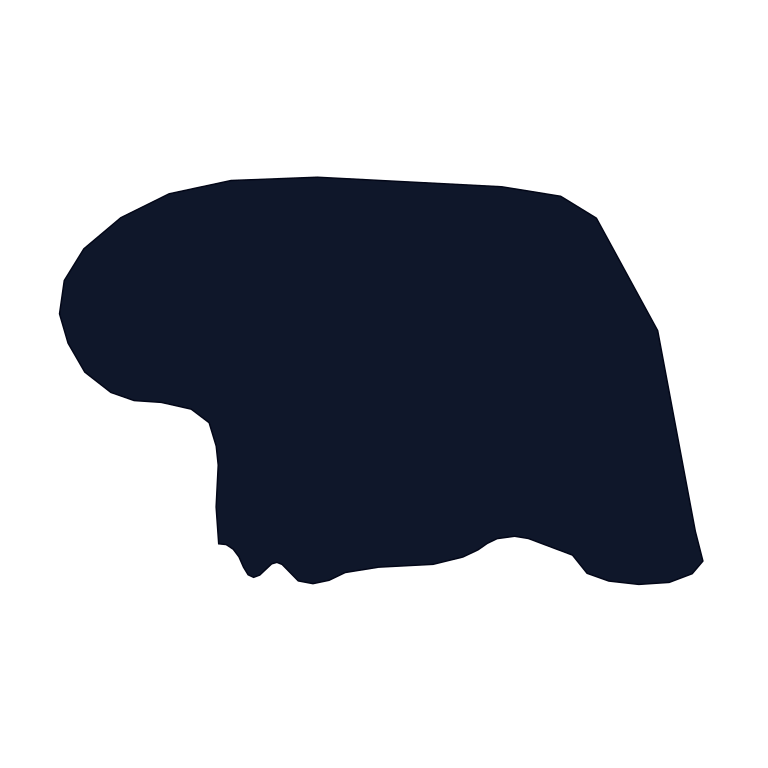 the Municipality of Krong Pailin, rotated 273°
{"feature_id": "KHM-1783", "entity_name": "Krong Pailin", "entity_type": "Municipality", "adm_level": 1, "iso_a3": "KHM", "parent_name": "Cambodia", "parent_adm1": "", "projection": "mercator", "projection_center": [102.549, 12.885], "detail": "fine", "context": "isolated", "style": "filled", "palette": "ink", "viewbox_px": 768, "rotation_deg": 273, "n_neighbors": 0, "source": "natural_earth", "source_scale": "10m", "svg_char_len": 826}
<svg xmlns="http://www.w3.org/2000/svg" viewBox="0 0 768 768"><g transform="rotate(273 384 384)"><path d="M223.8,711.7L210.7,701.7L200.8,679.2L197.2,648.9L199.0,618.8L205.6,596.7L222.9,581.3L223.0,581.2L237.3,536.2L238.8,522.4L235.5,505.0L230.2,495.4L223.4,486.7L215.4,471.9L206.5,442.5L200.8,388.0L193.7,355.1L185.1,339.4L180.9,323.5L182.9,308.7L198.5,291.7L200.3,286.4L198.5,281.2L186.7,269.9L184.1,263.9L186.4,258.3L193.7,253.3L203.8,248.2L211.1,242.1L215.4,234.8L215.8,227.3L252.4,222.8L294.3,222.7L313.2,219.7L336.2,211.4L348.8,192.8L354.0,162.5L354.4,135.3L361.3,111.7L380.2,84.6L408.2,66.4L437.1,56.3L470.6,59.3L503.3,77.2L536.3,112.5L562.7,159.5L579.2,220.6L587.0,306.6L587.1,491.4L580.7,550.6L560.7,587.4L451.6,654.5L253.2,702.6L224.0,711.7L223.8,711.7Z" fill="#0f172a" stroke="#020617" stroke-width="1.5"/></g></svg>